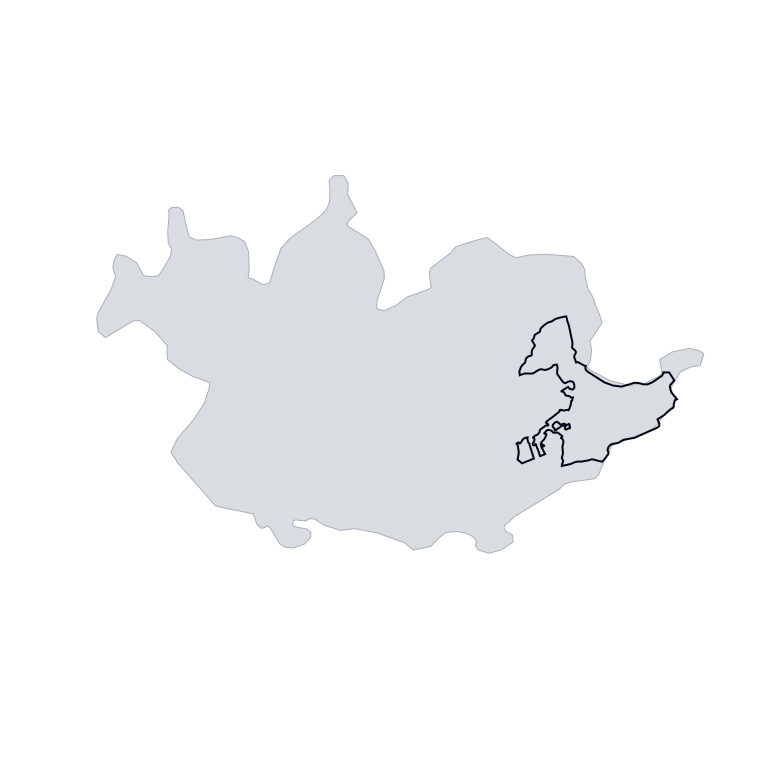 where Vaud sits in Switzerland, rotated 198°
{"feature_id": "CHE-3422", "entity_name": "Vaud", "entity_type": "Canton", "adm_level": 1, "iso_a3": "CHE", "parent_name": "Switzerland", "parent_adm1": "", "projection": "orthographic", "projection_center": [6.845, 46.59], "detail": "fine", "context": "in_parent", "style": "outline", "palette": "ink", "viewbox_px": 768, "rotation_deg": 198, "n_neighbors": 0, "source": "natural_earth", "source_scale": "10m", "svg_char_len": 7463}
<svg xmlns="http://www.w3.org/2000/svg" viewBox="0 0 768 768"><g transform="rotate(198 384 384)"><path d="M551.9,242.9L555.9,245.3L565.5,253.4L563.8,267.9L554.0,291.4L549.0,310.4L548.9,324.9L550.2,331.6L552.1,331.4L562.3,332.1L567.5,331.9L583.9,335.2L597.3,340.4L600.0,346.3L602.0,353.6L618.0,363.0L636.1,368.8L642.1,366.4L663.3,342.0L672.0,345.5L677.7,357.8L677.8,364.4L672.8,389.6L672.4,403.0L678.1,411.6L678.9,418.5L677.7,424.8L668.8,425.8L656.7,422.9L646.1,412.6L638.6,414.2L632.0,417.2L629.1,427.5L626.5,439.8L627.8,446.6L632.8,451.6L636.9,462.5L640.2,476.7L642.5,483.3L640.3,486.3L634.1,488.5L628.8,486.8L618.9,470.0L614.4,463.6L607.1,462.8L594.5,467.4L575.2,477.7L567.3,478.0L560.5,476.3L553.9,468.3L548.1,452.8L546.0,443.0L542.3,443.4L529.7,441.0L524.0,445.0L524.4,461.1L523.9,481.2L517.9,494.3L501.0,517.2L494.8,527.2L492.4,534.2L492.1,540.3L495.0,550.8L499.0,560.8L496.1,566.6L486.8,569.8L480.1,563.9L477.2,553.1L462.6,538.6L468.8,526.0L467.6,523.0L443.9,517.1L433.6,507.9L419.1,491.7L416.3,484.7L416.4,461.7L415.5,456.1L413.5,453.4L406.7,453.7L397.3,461.9L388.7,474.0L370.9,487.7L369.1,490.7L375.3,503.7L375.2,508.8L360.7,529.9L358.0,536.9L339.4,550.2L330.9,555.3L304.8,545.9L297.6,544.8L286.0,551.4L269.6,557.6L243.1,563.9L233.3,559.4L228.6,555.2L226.3,548.9L219.6,537.7L212.1,531.1L206.9,523.9L199.9,516.0L195.5,509.4L201.4,488.3L197.1,480.8L194.9,470.2L196.0,463.1L193.7,461.3L169.9,457.1L150.2,458.3L136.0,465.3L124.4,476.9L123.0,479.5L123.6,481.6L129.3,492.4L119.5,503.7L104.4,512.4L93.8,513.1L89.1,511.4L89.1,499.2L97.9,494.8L105.9,487.0L108.6,475.8L109.7,468.0L101.5,458.4L102.5,452.6L107.8,441.6L110.9,431.9L115.0,423.5L131.5,409.8L148.0,396.0L150.6,381.3L151.9,363.4L154.3,359.1L176.4,348.4L181.9,344.2L184.7,338.1L202.0,318.0L219.1,298.1L222.5,291.4L225.4,287.4L225.4,284.2L223.2,281.7L215.1,280.0L212.3,273.7L221.2,262.4L232.2,255.4L242.9,255.3L247.2,258.5L247.0,262.2L251.6,266.2L259.7,267.5L269.8,266.1L279.7,261.8L285.8,251.6L289.3,244.0L304.8,235.2L315.5,239.4L345.1,240.2L366.7,237.5L380.1,231.4L396.8,231.1L408.1,234.2L410.1,233.7L413.2,232.9L416.2,229.6L426.7,227.2L428.0,224.6L427.5,221.9L425.6,220.5L412.7,222.2L407.6,220.2L406.3,215.4L410.3,207.0L419.7,200.0L427.7,198.2L433.6,199.8L448.1,212.2L451.6,212.5L453.5,210.2L456.4,208.8L461.4,211.2L467.1,218.9L468.1,220.1L499.8,216.4L506.9,216.2L528.9,229.3L551.9,242.9Z" fill="#d9dde1" stroke="#a8b0b8" stroke-width="1"/><path d="M109.0,477.0L111.4,471.7L111.2,469.6L109.6,466.7L107.7,464.5L101.3,460.5L100.6,460.1L102.2,458.6L102.4,457.4L102.2,456.1L102.2,454.6L102.1,454.0L101.8,453.2L101.5,452.3L101.5,451.4L102.0,450.2L103.6,448.6L108.2,440.7L113.0,434.9L111.9,433.7L109.8,431.2L109.4,428.7L111.2,426.4L129.0,410.3L138.5,405.2L139.8,404.1L143.3,400.2L147.7,397.9L149.1,396.9L150.5,395.0L151.1,393.4L151.0,390.2L150.0,389.1L149.4,388.2L149.0,387.1L149.2,386.1L151.3,379.9L152.2,378.3L152.5,377.6L154.9,377.2L161.6,376.9L162.8,376.7L164.1,376.0L165.9,374.6L172.3,371.2L176.3,369.9L178.3,368.6L181.8,365.6L189.5,361.0L189.9,363.4L189.6,365.2L190.0,366.4L190.7,367.3L191.8,368.2L192.1,369.2L192.2,370.3L192.2,372.1L192.4,373.3L192.6,374.1L194.8,379.0L195.4,384.0L195.9,385.4L197.4,386.9L197.7,387.1L198.0,387.2L198.6,387.1L198.8,387.2L199.0,387.6L198.9,388.0L198.7,388.4L198.3,388.8L198.2,389.3L198.4,389.5L200.0,390.3L200.5,390.4L200.9,390.4L201.5,390.6L202.9,391.2L203.5,391.4L203.9,391.4L205.0,391.3L205.7,390.7L206.6,390.4L207.2,390.3L208.2,390.1L208.7,390.4L209.4,390.9L210.0,391.2L210.6,391.3L212.4,391.3L213.1,391.2L214.1,390.9L214.4,390.7L214.8,390.3L215.8,388.0L216.3,387.1L216.3,386.7L216.1,386.4L215.3,386.3L214.3,386.7L214.1,386.5L213.8,386.0L214.3,382.1L214.5,381.4L214.6,380.8L214.9,380.2L215.5,378.9L216.2,377.6L216.3,377.0L215.9,376.4L214.5,375.3L213.7,375.0L213.1,374.8L212.7,374.9L212.7,374.2L213.1,373.9L213.6,373.6L214.4,373.2L214.7,373.3L215.0,373.5L215.3,373.8L215.5,373.9L215.1,373.2L214.7,372.6L209.1,367.1L213.3,363.6L217.4,369.3L217.8,369.7L218.6,370.4L220.7,373.4L221.1,373.7L221.4,373.7L221.5,373.6L221.7,373.2L221.7,372.9L221.7,372.5L222.0,372.3L222.3,372.0L222.8,371.9L223.2,371.9L223.4,372.0L223.7,372.4L224.0,373.0L224.2,373.8L223.8,374.6L223.5,375.5L223.5,376.4L223.9,378.1L224.4,378.8L224.7,379.1L225.4,378.9L225.5,378.9L225.7,379.1L225.6,379.7L225.1,380.5L223.8,382.1L223.1,382.7L222.5,383.2L222.0,384.0L221.2,385.9L221.5,388.6L217.9,393.7L217.4,394.3L216.9,394.7L215.2,395.2L215.0,395.5L215.4,396.2L215.9,396.6L216.3,396.8L218.0,397.2L218.1,397.3L217.6,398.9L213.8,404.2L209.3,410.9L208.5,412.8L208.5,413.1L208.7,413.4L208.7,413.7L208.4,413.9L207.7,414.1L205.6,414.2L204.1,414.5L202.0,416.0L200.4,416.1L200.1,418.1L200.0,419.0L200.0,421.3L200.2,423.4L200.4,424.5L200.6,425.5L200.5,425.9L200.2,426.1L200.0,426.3L200.1,426.7L200.1,427.2L200.2,427.9L200.0,428.8L200.0,429.4L200.1,429.7L201.3,429.2L201.9,429.0L202.7,429.0L203.7,429.8L205.6,429.6L207.1,429.2L207.6,429.4L208.3,429.8L209.8,431.3L210.7,431.9L211.3,432.1L212.3,431.8L212.8,431.7L213.0,431.9L212.8,432.4L212.1,433.4L208.8,437.2L208.4,437.7L208.0,438.1L206.4,437.0L206.1,436.9L205.0,436.8L203.3,436.9L202.9,436.9L201.8,439.2L202.7,441.8L204.2,443.9L204.8,444.2L205.8,444.5L207.7,444.2L208.8,443.6L209.8,442.9L211.7,440.8L213.1,440.8L214.9,441.5L222.3,447.0L223.2,449.2L223.6,451.2L223.7,452.0L224.0,453.0L224.4,453.8L224.8,454.5L225.1,455.2L225.6,455.5L225.7,455.8L228.7,454.3L229.3,452.6L229.5,452.1L229.9,451.5L231.2,450.0L233.5,448.0L234.4,447.5L235.3,447.1L239.2,446.6L240.3,445.9L241.7,444.7L243.8,442.3L244.8,440.9L246.1,439.8L253.6,437.4L257.6,434.3L258.2,435.9L258.5,436.5L258.9,437.0L259.1,437.6L259.1,438.4L259.1,439.8L259.1,441.0L258.9,442.6L258.5,444.1L257.6,446.0L256.9,447.0L256.5,447.7L256.4,448.4L256.8,451.0L256.7,452.2L256.2,453.5L255.0,455.1L252.9,456.4L252.5,457.1L252.9,458.7L253.3,459.9L253.6,461.4L253.6,462.5L252.2,467.2L253.5,468.2L255.4,470.1L256.2,470.5L256.5,471.1L256.6,471.7L255.9,472.8L255.7,473.5L255.8,477.4L254.2,479.2L252.0,481.7L251.9,482.3L252.2,484.8L251.7,486.3L250.1,489.0L248.3,491.7L245.8,494.2L244.2,494.9L241.1,498.8L236.8,501.7L231.7,504.6L230.2,502.6L229.2,500.7L226.2,496.7L217.8,482.0L217.1,480.3L216.5,476.9L215.1,475.8L213.4,475.4L211.7,474.3L211.2,472.9L211.4,471.4L211.7,470.2L211.7,469.2L210.9,467.5L208.9,465.2L208.0,463.8L206.4,464.8L200.1,463.5L197.6,463.4L197.5,461.6L196.3,459.7L194.3,458.7L174.6,453.6L165.8,453.3L157.3,454.9L146.0,462.6L141.7,463.7L137.4,463.8L133.3,465.1L129.0,468.8L125.2,473.8L122.3,477.6L121.6,480.2L121.9,481.4L116.3,483.1L110.3,478.1L109.0,477.0ZM207.5,401.6L208.5,401.1L209.5,400.2L210.4,398.3L210.9,396.9L210.2,395.4L209.1,394.8L208.3,394.5L207.8,393.5L207.1,392.7L206.4,393.2L205.9,394.0L205.0,395.3L204.2,395.9L203.1,397.5L202.5,398.8L201.1,399.4L200.1,399.9L199.4,400.5L198.9,401.0L199.2,401.8L200.1,401.8L201.2,401.6L202.7,400.2L203.7,399.9L205.2,400.7L206.3,401.1L207.5,401.6ZM195.7,403.2L196.5,402.4L197.2,401.8L198.2,400.5L198.4,399.1L198.3,397.6L197.5,396.9L196.6,396.9L195.6,398.0L194.7,399.1L193.8,399.1L193.5,400.0L194.0,401.0L194.7,401.6L195.0,402.9L195.7,403.2ZM228.2,351.2L233.6,353.4L234.5,359.9L235.0,361.3L237.8,366.9L238.1,367.2L238.6,367.5L239.4,367.9L239.5,368.2L239.2,368.8L238.2,369.9L237.9,370.0L237.7,369.9L237.3,369.4L237.0,369.3L236.5,369.4L236.0,370.0L235.6,370.9L235.3,372.6L235.0,373.6L234.7,374.4L234.3,375.0L233.2,376.4L230.9,377.6L230.8,377.1L230.6,375.7L228.7,373.0L227.2,372.2L226.6,370.9L218.4,359.4L228.2,351.2Z" fill="none" stroke="#020617" stroke-width="2"/></g></svg>